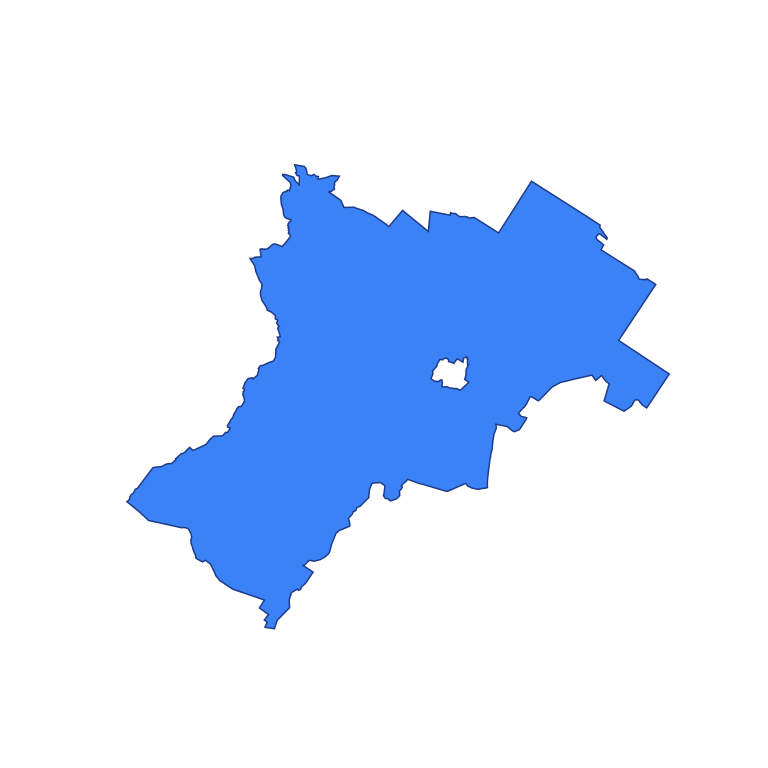 Viesītes pag., Viesites, Latvia, rotated 311°
{"feature_id": "27541924B828825882748", "entity_name": "Viesītes pag.", "entity_type": "district", "adm_level": 2, "iso_a3": "LVA", "parent_name": "Latvia", "parent_adm1": "Viesites", "projection": "orthographic", "projection_center": [25.496, 56.366], "detail": "fine", "context": "isolated", "style": "filled", "palette": "blue", "viewbox_px": 768, "rotation_deg": 311, "n_neighbors": 0, "source": "geoboundaries", "source_scale": "gbopen_adm2", "svg_char_len": 6160}
<svg xmlns="http://www.w3.org/2000/svg" viewBox="0 0 768 768"><g transform="rotate(311 384 384)"><path d="M578.7,592.7L570.8,532.5L637.4,523.8L635.9,513.4L634.5,513.4L634.1,512.3L633.2,511.6L632.7,510.6L631.1,508.8L630.8,508.2L630.7,507.4L630.8,507.3L630.9,506.6L631.2,506.5L632.0,504.7L632.5,502.8L632.6,501.9L633.3,499.7L633.7,499.3L627.6,459.7L633.1,458.5L632.8,449.3L634.4,447.3L638.8,447.9L639.4,457.2L640.5,456.7L641.0,455.7L642.3,449.6L642.5,449.6L643.7,444.3L644.4,443.4L645.7,443.0L643.1,424.2L633.8,362.3L573.2,371.4L568.9,342.9L565.3,339.6L564.7,337.8L564.8,337.4L563.8,336.0L563.5,335.1L560.8,332.4L559.8,330.5L559.6,329.7L559.5,327.7L559.7,326.7L559.2,325.6L557.1,323.2L557.3,322.7L557.0,321.9L554.8,323.1L544.7,305.6L528.2,317.4L527.2,284.1L506.1,284.4L505.8,281.2L506.1,281.1L505.9,280.8L504.3,265.3L502.1,258.7L501.5,254.7L498.1,247.0L498.2,246.2L497.9,246.1L497.6,245.2L491.0,238.0L494.0,231.5L494.2,230.5L493.0,218.3L492.6,216.3L493.0,216.3L494.9,217.9L496.8,218.2L498.2,218.8L499.1,218.4L499.5,217.5L500.3,216.4L501.9,216.2L502.6,215.3L504.0,214.5L506.2,214.6L507.4,215.0L509.1,214.3L511.6,214.0L507.1,207.8L502.3,205.2L497.0,201.3L495.2,199.6L497.6,198.4L496.1,196.0L496.4,195.2L496.1,193.5L493.8,192.7L492.3,190.1L491.7,188.7L494.7,184.9L495.6,183.3L495.9,181.2L490.8,172.8L488.6,176.6L486.9,178.8L485.9,179.3L485.4,178.7L484.3,181.5L485.4,183.5L484.7,184.4L478.6,189.3L479.2,183.2L480.8,180.0L477.0,171.5L476.5,171.3L475.6,170.0L474.9,170.5L474.6,180.8L473.0,183.4L467.8,185.8L467.7,184.9L466.9,184.0L466.5,183.8L465.5,184.3L464.2,183.1L463.0,182.5L461.5,182.2L460.0,182.8L459.2,182.6L457.8,183.3L455.3,185.4L454.7,186.3L452.7,188.1L449.4,193.5L445.9,197.2L444.9,199.5L444.9,201.0L445.5,202.9L446.9,205.9L446.9,206.1L446.2,206.6L444.7,206.5L444.0,206.1L442.4,206.9L441.9,206.7L441.8,207.0L440.6,207.3L440.3,207.6L440.3,208.8L439.5,209.4L439.2,209.1L438.7,209.5L438.3,210.2L438.3,210.9L437.2,211.1L436.9,212.4L436.4,212.7L435.8,212.5L435.0,213.0L434.9,213.9L434.8,215.4L434.3,216.5L429.1,216.9L421.0,217.0L418.8,211.2L418.0,209.7L417.0,208.7L415.0,208.1L412.5,207.9L409.9,207.4L408.8,206.9L407.4,205.9L407.7,205.6L406.2,204.2L406.3,203.6L405.5,202.8L404.3,202.0L400.5,206.6L399.2,207.7L395.3,203.6L395.1,203.9L392.2,202.1L390.9,200.5L388.5,208.4L388.0,209.3L384.8,213.5L380.5,222.1L379.3,226.5L375.8,228.9L373.0,230.0L370.4,232.1L367.0,237.1L365.1,243.9L363.8,246.6L363.1,247.6L364.3,251.7L364.5,253.4L364.3,256.7L363.7,257.8L361.8,259.2L362.4,261.2L362.5,262.1L359.6,262.8L358.9,265.2L358.9,266.9L358.5,266.7L356.2,267.2L353.8,271.6L351.6,274.7L349.3,272.8L348.6,274.5L347.1,275.1L347.4,276.6L346.9,277.8L339.6,279.4L332.9,284.6L328.8,285.4L324.8,283.1L323.0,282.4L322.6,282.0L318.7,280.5L317.1,278.9L316.2,278.6L313.1,279.1L313.2,280.0L307.4,282.7L301.7,281.8L302.3,280.6L299.7,278.4L298.7,277.9L293.8,278.2L288.2,280.4L288.7,281.7L287.1,283.0L286.0,282.8L284.9,283.4L283.2,284.8L281.9,287.3L279.5,290.0L273.4,291.0L271.5,289.1L268.6,289.2L266.6,289.9L262.3,290.6L259.6,291.9L257.0,291.9L249.8,293.2L248.9,294.0L249.8,297.0L244.5,297.7L243.5,296.1L239.5,296.2L238.5,295.7L235.8,292.9L235.4,292.1L234.4,291.6L233.3,289.8L228.1,288.9L222.5,289.4L220.5,288.8L210.7,284.5L208.5,283.2L208.7,278.9L203.4,278.4L202.0,278.6L199.2,277.5L198.5,276.7L190.7,275.8L190.8,276.6L190.5,276.6L185.9,276.1L183.7,275.3L183.1,274.0L180.1,271.9L175.9,270.4L169.9,264.9L168.8,264.5L144.6,266.3L143.5,266.3L141.4,265.4L137.1,266.4L135.8,266.3L135.0,265.8L134.5,265.8L131.8,266.4L129.6,267.7L126.5,267.2L127.0,283.1L126.6,295.9L142.5,325.1L142.5,325.4L144.1,326.7L145.6,329.1L146.4,331.3L145.5,333.8L144.2,337.1L143.2,338.0L142.0,339.6L139.6,340.6L137.1,343.0L135.5,346.1L134.4,347.6L133.2,349.5L132.6,351.0L132.1,351.6L131.4,353.8L129.6,356.0L129.1,356.8L130.7,363.7L133.9,364.9L134.2,371.5L131.0,378.7L130.6,380.0L129.5,381.8L128.9,383.4L128.3,387.2L127.9,388.8L129.9,404.4L142.5,435.5L133.3,436.9L133.2,437.3L134.3,448.0L127.3,448.6L127.6,452.0L122.3,453.8L127.4,461.8L135.6,458.4L153.3,459.5L158.6,454.2L165.9,451.0L172.6,453.3L172.2,454.9L174.1,455.8L176.7,454.8L181.6,455.5L182.9,455.5L195.5,453.9L194.0,441.9L195.5,442.8L200.9,443.1L201.9,443.5L202.2,443.7L204.6,447.7L209.8,451.2L214.5,452.9L220.1,453.5L221.8,453.0L228.7,449.6L239.6,445.8L243.7,446.1L254.1,451.4L254.6,451.3L256.9,448.9L258.9,445.8L259.3,445.4L265.1,445.4L267.1,444.5L270.2,445.7L272.8,444.6L276.3,446.3L280.7,446.4L288.1,447.1L294.8,442.3L300.9,440.1L302.9,441.5L307.4,446.2L307.5,447.8L307.4,447.9L307.6,448.3L307.8,451.2L307.5,451.8L299.6,456.9L299.3,456.9L299.3,457.3L298.5,460.1L299.9,462.2L299.9,465.3L300.1,465.6L305.6,468.8L310.0,469.1L313.7,465.7L315.5,466.0L317.9,465.6L318.7,463.9L321.1,463.9L325.4,464.5L327.5,464.4L330.0,470.4L331.3,474.2L334.3,480.3L344.1,501.8L345.1,502.6L362.5,510.8L362.6,511.3L361.9,513.6L362.1,514.9L363.2,518.6L365.5,523.0L367.2,525.1L369.5,526.5L371.5,528.6L373.7,530.0L377.6,526.5L383.2,522.4L398.0,512.5L398.3,512.7L400.2,511.2L405.6,508.4L412.4,503.6L418.2,499.9L424.6,497.7L427.0,494.8L432.7,504.8L432.9,511.9L433.7,513.8L438.6,516.2L450.2,514.5L452.1,513.9L451.1,511.7L449.7,509.2L449.8,506.5L449.7,505.1L451.4,504.7L457.3,504.7L457.9,505.0L462.4,504.7L470.2,502.6L471.0,503.8L471.5,505.6L472.2,510.0L472.8,511.7L492.1,512.9L500.6,516.0L512.1,524.1L527.1,535.1L525.6,541.5L533.2,542.6L531.6,549.3L531.9,553.8L515.6,561.2L521.0,583.1L529.7,585.2L536.4,583.8L538.8,586.1L537.6,592.5L538.3,598.0L578.7,592.7ZM455.1,432.7L453.0,434.9L453.7,435.2L449.4,436.3L448.3,436.9L444.9,439.7L442.1,441.2L440.4,441.8L440.9,446.5L440.6,446.9L429.3,445.7L428.0,441.4L426.8,440.3L423.9,435.7L423.2,433.0L422.4,432.5L419.8,429.6L423.3,427.2L425.1,424.8L423.7,423.9L421.0,423.2L420.7,422.0L419.4,420.9L418.9,417.4L418.9,416.5L419.5,415.6L422.2,414.9L423.9,414.1L425.9,411.9L426.7,412.2L432.4,412.1L434.3,410.9L436.9,410.6L438.8,410.0L440.1,411.1L440.0,411.4L440.9,412.6L441.2,412.4L442.6,412.6L443.6,413.2L444.1,413.9L444.7,415.3L444.7,416.6L444.6,416.9L443.3,418.0L445.1,421.9L445.4,423.3L448.3,422.8L451.3,422.9L452.1,428.9L452.4,429.3L455.7,427.1L458.8,428.7L457.4,430.5L457.8,430.7L455.1,432.7Z" fill="#3b82f6" stroke="#1e3a8a" stroke-width="1.5"/></g></svg>